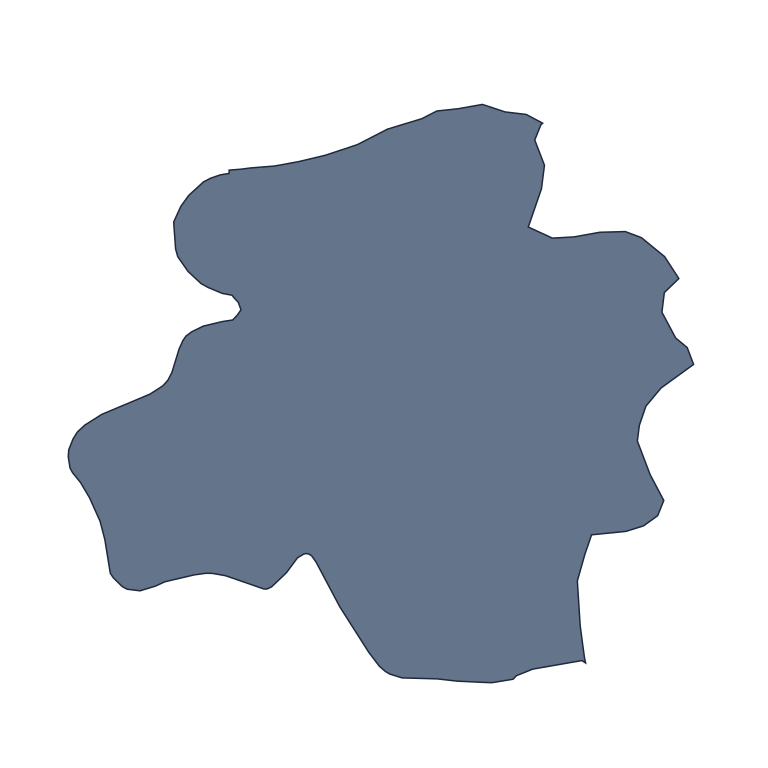 Pyongyang, P'yŏngyang, North Korea (Albers equal-area conic projection), rotated 277°
{"feature_id": "82179303B55999426557094", "entity_name": "Pyongyang", "entity_type": "district", "adm_level": 2, "iso_a3": "PRK", "parent_name": "North Korea", "parent_adm1": "P'yŏngyang", "projection": "albers", "projection_center": [125.792, 39.089], "detail": "fine", "context": "isolated", "style": "filled", "palette": "slate", "viewbox_px": 768, "rotation_deg": 277, "n_neighbors": 0, "source": "geoboundaries", "source_scale": "gbopen_adm2", "svg_char_len": 1765}
<svg xmlns="http://www.w3.org/2000/svg" viewBox="0 0 768 768"><g transform="rotate(277 384 384)"><path d="M131.7,618.1L136.6,616.4L152.5,612.2L168.4,608.1L212.1,599.9L239.8,604.2L247.7,605.9L259.6,608.4L267.2,642.1L274.9,659.0L286.7,671.7L302.5,675.9L326.5,659.2L342.4,650.8L358.3,642.4L374.2,642.5L394.0,646.7L413.7,659.4L441.2,688.9L457.1,680.5L465.2,667.9L489.1,651.1L508.9,651.1L524.6,663.8L544.6,647.0L560.6,621.7L564.7,604.9L560.9,579.7L553.1,554.4L549.3,533.3L557.4,508.1L577.2,512.3L596.9,516.5L620.7,516.6L644.5,503.9L660.3,508.1L662.2,509.7L668.9,492.2L668.8,471.1L673.5,447.6L666.3,424.2L661.4,403.2L651.9,389.1L637.4,356.4L618.3,328.3L603.9,297.9L594.3,272.1L587.0,248.7L582.2,225.3L579.8,215.9L577.4,204.2L576.5,204.4L574.1,204.5L571.7,196.2L567.3,187.1L562.6,180.2L547.4,167.2L535.6,160.7L519.1,155.5L492.6,160.7L485.2,163.8L471.7,175.9L471.6,176.1L461.3,190.3L458.2,198.1L454.2,212.5L453.6,222.4L451.5,224.4L447.2,229.5L440.2,233.0L434.5,230.0L429.1,226.0L426.3,216.0L419.5,197.7L412.5,186.9L407.4,181.6L402.4,179.0L400.5,178.5L394.0,176.4L369.7,172.1L361.6,169.1L355.2,164.7L345.5,153.0L319.6,107.8L318.0,105.8L306.8,92.1L299.1,85.6L291.7,82.1L280.3,79.1L273.2,79.5L262.4,82.6L258.1,85.6L249.3,94.7L235.2,105.6L213.0,119.0L195.5,125.9L162.8,135.4L158.7,138.9L151.0,148.9L149.0,154.1L149.0,167.1L155.6,181.9L161.0,190.6L167.5,208.3L171.4,218.9L174.4,230.2L175.1,236.7L174.4,250.1L165.9,289.7L166.2,292.7L168.9,297.1L184.7,310.1L200.9,319.3L205.3,324.9L206.3,327.5L205.9,330.6L204.6,333.2L198.8,338.4L157.3,367.4L115.8,401.6L103.3,413.8L98.9,420.3L96.8,425.1L94.5,437.7L97.8,472.8L98.0,493.3L99.0,506.3L100.0,519.8L100.7,527.6L106.7,548.1L110.7,551.1L119.1,566.3L133.6,614.1L131.7,618.1Z" fill="#64748b" stroke="#1e293b" stroke-width="1.5"/></g></svg>